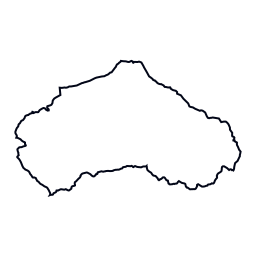 outline of Brazii, Arad, Romania
{"feature_id": "2599482B77583369743499", "entity_name": "Brazii", "entity_type": "district", "adm_level": 2, "iso_a3": "ROU", "parent_name": "Romania", "parent_adm1": "Arad", "projection": "natural_earth1", "projection_center": [22.316, 46.199], "detail": "fine", "context": "isolated", "style": "outline", "palette": "ink", "viewbox_px": 256, "rotation_deg": 0, "n_neighbors": 0, "source": "geoboundaries", "source_scale": "gbopen_adm2", "svg_char_len": 5798}
<svg xmlns="http://www.w3.org/2000/svg" viewBox="0 0 256 256"><path d="M159.0,180.2L159.8,179.7L159.9,179.4L160.1,179.2L161.3,178.9L162.4,177.9L162.7,177.5L163.0,177.4L163.3,177.4L163.8,177.3L164.1,177.3L164.5,177.6L164.9,177.9L166.4,180.2L166.9,180.4L167.5,180.4L167.9,180.6L168.0,181.5L168.4,182.7L168.4,183.2L168.6,183.6L169.0,183.7L169.3,184.0L169.5,184.3L170.1,184.4L172.4,184.2L173.1,183.9L173.7,183.8L174.0,183.9L174.3,184.0L175.0,183.7L175.4,183.7L176.4,183.6L177.1,183.3L177.4,182.8L178.0,181.9L178.9,181.1L180.3,182.0L181.9,182.9L184.6,183.5L185.3,184.0L185.9,186.5L186.9,187.6L187.4,187.5L190.0,189.3L191.6,189.2L195.0,189.1L195.9,188.5L197.1,186.2L197.0,185.4L197.1,184.8L198.1,184.2L202.0,186.6L203.2,186.6L204.7,186.4L205.9,185.9L207.4,185.6L207.7,184.9L208.2,184.5L210.2,184.3L211.5,183.6L211.9,183.3L212.5,183.5L213.3,183.5L213.9,183.0L214.5,181.8L214.9,180.6L215.5,179.6L216.3,178.6L216.9,178.0L217.1,177.1L216.8,176.0L217.0,175.6L217.3,174.5L218.2,173.4L220.5,172.0L221.4,171.2L221.7,169.9L221.8,168.1L222.1,166.9L222.9,166.3L224.1,166.3L227.1,168.1L229.1,170.0L230.2,169.3L231.1,169.4L231.4,169.7L232.0,170.2L232.8,169.9L233.4,170.4L233.7,169.9L234.1,168.6L234.2,167.2L234.5,165.7L235.1,163.1L237.6,160.9L238.8,158.3L239.9,156.1L239.8,155.1L240.2,153.7L240.6,151.6L239.1,149.7L237.9,146.7L237.1,145.3L236.8,143.9L237.0,142.8L236.8,142.4L235.5,141.8L234.6,141.2L234.6,140.5L233.4,140.4L233.5,139.7L234.2,138.7L234.4,137.7L233.8,136.9L232.3,136.3L232.1,135.5L232.2,132.8L230.0,129.7L229.9,127.5L228.5,124.3L227.2,122.7L225.8,121.6L223.9,121.6L221.2,122.1L218.9,118.5L212.7,117.5L211.0,117.9L210.1,117.9L209.1,118.2L207.8,117.8L206.7,116.0L205.2,112.5L202.8,110.8L202.3,110.6L201.6,110.4L200.6,110.4L199.9,110.8L195.2,108.8L192.9,107.4L190.5,106.9L189.4,106.4L188.2,103.4L183.4,98.7L180.9,95.3L177.1,93.7L177.1,92.0L175.8,90.8L173.0,90.1L171.3,89.1L170.6,88.5L170.4,87.6L170.1,87.3L168.1,87.5L166.0,87.0L164.7,86.9L164.0,86.1L163.7,85.5L161.1,84.1L160.3,84.2L159.1,83.9L158.0,83.4L157.3,82.8L156.8,82.5L156.3,81.6L155.4,81.2L154.8,80.4L153.7,80.2L153.1,79.9L152.7,79.1L151.0,77.7L149.1,76.4L146.9,72.3L144.0,67.3L143.3,65.8L141.4,62.5L140.7,62.2L139.6,61.8L139.3,61.7L138.7,61.7L137.7,62.0L137.3,62.0L133.9,61.9L133.5,62.7L133.3,62.8L133.1,62.7L132.9,62.5L132.9,62.2L132.9,61.9L132.8,61.7L131.8,61.0L131.3,60.9L130.0,61.6L129.0,62.0L127.8,61.9L125.7,61.3L124.7,61.3L123.1,61.2L120.9,60.9L120.5,61.8L119.0,62.8L118.5,63.5L116.9,64.5L116.0,66.3L115.9,66.8L115.3,67.4L111.6,72.3L110.2,72.6L108.3,74.3L107.3,74.8L106.0,75.3L104.4,76.2L101.7,76.5L96.5,77.6L94.7,78.3L89.8,80.8L85.2,82.2L84.4,82.3L83.3,82.8L81.9,83.1L76.8,85.5L70.8,86.5L69.9,86.4L68.7,86.7L67.8,87.3L66.2,87.7L65.3,87.7L64.7,87.5L61.8,87.9L59.7,87.7L60.4,95.0L55.7,97.6L54.2,98.6L52.8,100.5L52.4,103.2L51.4,104.8L50.4,105.3L47.4,106.2L47.1,107.2L47.5,108.1L48.7,109.4L48.7,110.4L47.6,110.6L46.0,109.7L45.0,108.4L44.2,108.1L43.4,108.0L41.6,108.9L39.7,110.1L38.3,112.1L37.8,112.2L36.0,112.1L35.2,112.2L33.7,113.0L33.3,113.1L32.9,112.9L32.8,111.9L32.4,111.8L31.9,113.2L30.2,113.6L29.6,114.1L28.8,114.5L28.3,115.0L27.2,115.1L26.8,115.4L26.0,115.6L25.3,116.1L24.8,117.2L24.6,118.0L23.1,120.0L22.6,120.3L21.8,120.6L21.2,121.0L20.0,123.1L19.8,123.4L19.2,123.8L18.6,124.5L18.4,125.3L18.4,125.9L18.0,126.6L17.6,127.2L17.0,127.8L16.4,129.0L15.4,131.7L15.4,133.0L15.8,133.9L16.5,135.0L16.9,136.1L16.3,137.7L17.4,137.8L17.9,138.0L20.2,139.1L20.9,139.6L21.4,140.3L22.0,140.8L23.5,141.8L24.5,142.1L25.0,142.5L25.0,143.2L25.0,144.1L25.4,144.5L25.8,145.5L25.6,145.8L23.0,146.5L22.0,147.0L21.2,147.2L20.0,147.2L19.2,147.4L17.5,149.1L17.4,149.6L17.9,151.7L18.4,152.8L18.3,153.9L18.7,155.2L17.3,156.7L17.3,157.3L18.9,158.9L19.7,160.0L20.9,162.2L22.5,166.2L23.5,168.0L24.7,168.9L25.2,169.5L26.1,169.9L27.5,170.5L28.5,171.2L29.0,171.7L29.6,172.6L29.9,173.5L30.5,174.4L31.1,175.0L32.6,177.4L33.2,177.6L34.0,177.4L35.2,177.8L35.9,178.2L36.0,178.8L36.4,179.3L36.7,179.9L37.0,180.7L37.6,181.2L38.5,181.7L40.0,183.5L41.0,184.2L42.3,184.8L44.5,186.4L45.8,186.9L47.2,187.7L48.7,190.1L50.1,193.0L50.3,194.4L49.9,195.1L50.7,194.8L52.0,194.8L52.6,194.7L53.0,194.5L53.4,193.6L53.6,193.2L55.5,192.4L55.8,192.2L56.4,191.4L56.4,190.9L56.5,190.5L57.0,190.4L58.2,190.5L59.7,189.7L60.5,189.4L61.0,189.2L61.5,189.3L62.3,189.4L64.2,189.7L64.6,189.6L65.0,189.5L65.5,189.2L66.1,189.3L66.7,189.6L67.2,190.0L68.3,190.4L68.9,190.5L70.3,189.5L71.3,188.7L71.4,188.4L71.4,187.9L71.6,187.0L72.0,186.5L72.4,186.2L73.5,186.0L74.8,185.6L75.0,185.4L75.0,184.9L74.8,184.1L74.7,183.2L74.9,182.2L75.6,181.7L76.3,181.1L78.3,178.9L79.0,178.3L80.0,177.4L80.6,176.1L80.5,175.6L80.8,175.2L81.5,174.3L82.2,173.7L82.6,173.5L86.6,172.5L87.3,172.6L87.7,172.8L88.1,173.0L90.4,174.2L90.9,174.8L91.4,175.2L91.7,175.6L93.1,176.4L94.0,176.4L94.9,175.7L95.3,175.5L95.4,175.4L95.5,174.9L95.8,174.7L96.0,174.2L96.6,174.0L97.1,174.0L97.3,173.9L97.5,173.5L97.5,172.8L97.6,172.6L98.1,172.1L98.6,172.1L101.4,171.3L103.1,171.7L103.7,171.6L104.3,171.4L105.0,171.4L105.8,171.1L106.5,171.0L108.2,170.9L110.0,171.1L112.0,171.0L113.0,170.8L113.2,170.5L113.4,170.4L115.5,169.8L116.3,169.8L117.1,169.7L118.7,169.7L119.8,169.3L120.5,168.9L120.9,168.7L122.0,168.5L122.3,168.2L122.5,168.0L122.8,167.4L123.1,167.2L124.0,167.0L125.7,166.8L126.2,166.5L126.5,166.2L127.1,166.0L130.6,166.2L131.4,165.9L131.7,165.9L132.5,166.4L132.9,166.9L133.2,167.1L133.5,167.1L134.2,166.5L134.6,166.2L135.2,166.1L135.6,166.2L136.5,166.7L137.7,167.0L140.8,167.3L141.2,167.3L143.1,166.5L145.9,166.4L146.2,166.4L146.5,166.1L146.5,166.4L146.8,166.7L146.9,168.2L147.4,169.8L147.6,170.2L149.3,171.6L150.8,172.5L151.2,172.8L152.2,174.4L153.3,175.5L153.6,175.5L154.0,175.7L155.5,176.0L156.0,176.4L156.6,177.2L157.1,177.6L157.3,178.0L157.7,178.4L158.2,179.5L158.4,179.8L159.0,180.2Z" fill="none" stroke="#020617" stroke-width="2"/></svg>